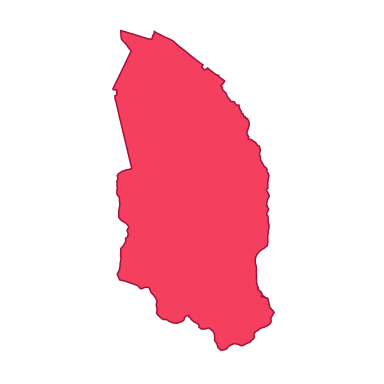 Vama, Satu Mare, Romania, rotated 15°
{"feature_id": "2599482B96492701806769", "entity_name": "Vama", "entity_type": "district", "adm_level": 2, "iso_a3": "ROU", "parent_name": "Romania", "parent_adm1": "Satu Mare", "projection": "albers", "projection_center": [23.428, 47.811], "detail": "fine", "context": "isolated", "style": "filled", "palette": "rose", "viewbox_px": 384, "rotation_deg": 15, "n_neighbors": 0, "source": "geoboundaries", "source_scale": "gbopen_adm2", "svg_char_len": 6027}
<svg xmlns="http://www.w3.org/2000/svg" viewBox="0 0 384 384"><g transform="rotate(15 192 192)"><path d="M141.8,285.0L142.2,285.2L141.0,290.6L144.8,295.6L150.1,295.4L155.2,295.7L163.8,296.4L167.1,298.7L168.9,298.3L169.8,297.3L171.3,296.4L174.1,295.3L174.6,295.3L175.2,295.5L177.7,298.6L178.1,299.4L181.2,301.4L183.2,302.9L184.3,303.9L186.2,305.9L186.5,307.1L186.7,310.3L187.3,311.6L187.3,311.8L187.9,312.8L188.9,314.9L189.1,318.4L189.9,318.9L191.0,319.8L192.1,320.2L193.4,321.1L195.9,322.3L196.5,322.5L197.7,322.5L200.6,321.8L203.2,322.8L205.2,323.1L207.8,323.3L208.9,323.2L211.8,322.5L212.3,322.3L213.0,321.5L215.4,320.0L216.3,319.2L216.9,318.4L217.3,317.7L217.4,315.3L217.8,314.2L218.2,313.7L218.7,313.2L220.4,312.2L220.9,312.1L221.0,312.4L221.0,313.0L221.1,313.3L222.1,313.5L222.8,313.9L224.1,315.2L227.0,316.7L228.6,317.2L230.7,317.4L231.8,318.2L232.3,318.3L232.8,318.3L233.3,319.3L233.7,320.8L236.2,321.8L237.1,321.8L239.0,321.3L240.5,320.7L242.8,319.3L243.6,319.0L247.6,320.7L249.0,321.8L250.1,322.9L251.6,326.7L251.8,328.3L252.3,329.6L254.2,331.3L254.9,331.6L255.2,332.1L255.9,333.0L256.7,334.7L257.4,335.6L260.9,337.3L263.7,336.3L265.9,334.7L266.2,334.3L266.9,332.3L267.6,331.3L270.5,328.5L271.8,327.8L274.3,327.2L276.7,327.3L279.4,327.7L280.3,327.5L281.3,326.8L284.6,323.6L286.8,322.3L287.1,321.6L288.2,319.5L289.2,318.2L289.8,316.6L289.8,316.2L289.2,314.8L288.9,314.0L288.8,313.0L288.8,311.8L289.3,311.4L289.7,310.2L290.5,309.4L291.4,308.7L292.3,307.7L292.7,306.8L293.3,306.1L294.7,305.1L297.0,303.7L299.5,301.6L300.8,300.2L301.8,298.4L302.0,297.0L301.9,296.4L301.4,294.9L300.8,293.7L301.5,291.1L301.8,289.5L302.2,288.2L302.6,287.3L302.2,286.7L301.5,286.0L299.5,284.9L296.7,282.9L296.5,282.5L296.1,281.1L295.8,280.9L295.7,280.5L295.2,280.3L295.1,279.3L294.8,279.1L294.6,278.4L293.8,277.4L293.6,276.7L293.5,276.2L293.2,275.9L292.4,274.9L291.2,275.2L290.7,275.0L289.9,275.1L289.4,274.8L289.2,274.2L287.5,275.1L286.2,275.0L285.6,274.8L285.6,274.6L286.7,274.2L286.8,273.9L287.3,273.7L286.2,272.9L286.0,272.3L285.6,272.0L284.9,271.8L285.0,271.1L284.5,270.5L283.0,270.1L282.4,269.5L281.5,269.7L281.1,269.4L280.6,268.7L281.1,268.0L281.2,267.7L281.1,267.4L280.8,267.0L280.0,266.5L279.2,265.4L278.5,264.1L277.8,262.4L277.0,260.1L276.0,256.0L274.6,252.2L274.6,250.5L273.8,248.7L273.6,247.6L272.4,245.7L271.2,243.5L270.4,240.3L270.5,237.7L271.2,234.8L272.3,232.3L273.6,230.4L276.4,227.5L276.6,227.0L277.6,225.5L278.4,224.7L278.5,224.2L278.3,221.0L276.6,215.4L276.2,211.1L275.7,209.7L275.6,207.1L275.5,205.9L274.9,203.9L273.2,200.9L272.0,196.6L271.4,195.5L270.2,194.7L269.9,194.1L269.8,193.4L269.9,192.7L270.1,191.5L270.4,189.6L270.4,188.5L268.7,186.8L268.1,185.7L267.9,185.7L267.6,186.3L267.4,186.2L267.3,185.7L267.4,185.1L267.0,182.2L266.9,180.8L267.1,178.7L267.7,176.2L267.6,175.6L267.4,175.3L266.6,174.1L264.2,171.8L263.2,170.6L263.2,170.3L264.3,169.0L264.3,168.6L263.6,166.4L263.2,164.5L262.7,163.3L262.1,156.2L260.9,154.3L259.5,153.4L258.9,152.1L258.7,150.9L258.6,150.6L257.2,149.4L255.4,148.7L253.8,147.3L251.1,144.4L250.0,143.5L249.6,142.0L249.6,141.6L248.6,139.6L247.6,138.9L247.5,138.1L247.2,137.0L247.3,136.2L247.1,133.8L246.7,133.1L246.6,132.8L246.5,132.6L246.4,132.2L245.8,131.5L245.1,130.2L244.0,130.2L243.1,129.7L241.6,128.6L241.1,128.0L240.6,128.2L239.6,127.2L238.3,127.1L236.7,126.2L236.0,126.3L234.7,125.9L234.0,126.3L232.6,125.9L232.3,125.4L232.3,124.9L232.7,124.1L232.0,123.8L232.0,123.5L230.8,122.5L229.9,121.3L229.5,119.2L229.9,118.3L229.7,117.1L229.9,116.1L229.9,115.1L230.0,113.8L229.5,110.7L228.3,108.9L228.0,108.1L227.0,107.7L226.8,107.1L226.2,107.3L226.1,106.8L225.9,106.5L225.6,106.5L224.6,106.7L224.3,106.6L223.9,105.5L223.4,105.4L222.9,105.8L221.6,104.5L221.3,103.8L220.8,103.3L219.9,103.4L219.6,103.2L219.4,102.6L219.0,102.2L218.9,101.4L218.3,100.7L217.7,100.4L217.0,99.9L216.9,99.5L216.2,98.8L215.1,96.6L215.0,95.9L214.6,95.8L213.7,96.4L212.8,96.5L211.6,96.1L210.4,95.0L210.0,94.3L209.6,94.0L208.3,94.0L206.9,94.4L205.7,94.1L204.9,93.2L203.0,92.0L201.0,90.3L200.0,88.6L199.2,87.7L197.1,86.4L196.0,85.9L195.4,85.4L194.3,84.0L194.2,83.1L193.6,82.6L192.4,82.0L193.6,79.8L194.2,78.6L194.9,76.3L187.8,73.5L187.6,72.5L185.4,72.4L183.2,71.9L182.3,71.4L175.5,68.5L175.1,68.1L173.5,70.0L172.6,70.8L169.8,69.5L169.1,68.7L169.8,66.4L166.6,65.3L158.5,62.0L146.8,56.6L146.2,56.5L145.7,56.2L141.6,54.5L134.9,51.1L130.7,50.1L124.9,49.2L120.4,48.2L118.8,48.0L114.1,46.7L114.3,50.6L113.6,50.8L113.7,54.9L109.2,55.5L107.9,55.2L102.4,55.3L101.9,55.1L81.5,54.4L81.4,54.7L82.9,59.1L84.0,62.0L84.5,62.8L85.9,63.8L90.6,66.6L93.3,69.1L96.3,71.0L96.5,71.5L96.6,72.2L91.1,101.6L90.3,105.2L90.3,105.7L90.1,105.9L89.8,108.3L88.9,112.8L89.3,113.5L92.9,113.2L94.2,117.5L93.7,118.2L92.6,119.2L93.0,119.6L93.1,120.0L93.5,120.3L93.2,121.1L93.4,121.3L93.5,121.8L93.8,122.4L94.3,122.9L94.4,123.3L94.8,123.7L94.9,124.1L95.6,125.1L98.8,131.3L102.1,137.4L102.4,138.2L103.3,139.8L104.4,141.7L127.6,184.7L127.5,185.2L127.0,185.8L126.5,185.7L124.3,187.1L124.0,187.1L123.7,187.3L123.2,187.3L122.2,188.0L120.5,189.5L119.5,189.7L117.7,192.0L116.2,193.3L115.8,194.7L115.9,195.2L115.5,195.8L115.8,196.0L116.3,196.7L116.5,197.5L117.0,198.3L117.1,199.3L116.7,200.4L116.6,201.1L116.8,201.7L117.5,203.3L117.7,204.4L118.2,206.2L118.7,206.5L118.8,206.8L118.9,209.6L119.2,210.1L119.4,211.8L119.9,212.9L120.7,214.3L121.6,214.9L122.8,215.4L123.1,215.7L123.5,217.3L124.2,218.6L124.2,219.7L124.5,220.1L125.2,221.9L125.5,222.4L126.0,226.7L126.2,229.7L127.6,234.7L128.6,236.2L130.6,237.5L133.0,238.4L134.1,238.6L134.8,238.9L135.6,238.9L136.9,239.6L139.2,241.3L139.8,242.1L139.9,242.5L139.8,243.5L139.6,244.1L139.2,244.7L139.1,245.2L139.2,245.8L139.5,246.4L140.2,247.3L141.1,248.8L141.3,249.5L141.4,251.7L141.2,252.3L140.4,253.0L139.9,254.0L139.9,254.4L140.8,256.7L140.6,257.6L139.5,261.8L138.7,263.5L137.9,264.8L137.8,265.3L138.8,268.3L139.2,270.8L139.4,271.6L140.0,272.9L140.5,274.5L140.8,275.1L140.9,275.9L140.9,277.0L141.1,279.8L141.3,280.7L141.6,281.4L141.7,282.2L141.8,283.0L141.8,285.0Z" fill="#f43f5e" stroke="#9f1239" stroke-width="1.5"/></g></svg>